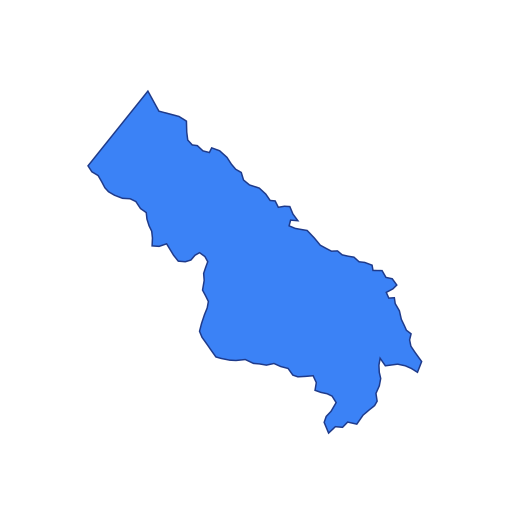 the district of Dona Inês, Paraíba, Brazil, rotated 66°
{"feature_id": "56859067B91614548021503", "entity_name": "Dona Inês", "entity_type": "district", "adm_level": 2, "iso_a3": "BRA", "parent_name": "Brazil", "parent_adm1": "Paraíba", "projection": "orthographic", "projection_center": [-35.636, -6.608], "detail": "fine", "context": "isolated", "style": "filled", "palette": "blue", "viewbox_px": 512, "rotation_deg": 66, "n_neighbors": 0, "source": "geoboundaries", "source_scale": "gbopen_adm2", "svg_char_len": 1931}
<svg xmlns="http://www.w3.org/2000/svg" viewBox="0 0 512 512"><g transform="rotate(66 256 256)"><path d="M114.7,268.9L104.5,264.7L97.2,269.6L84.2,285.8L61.4,287.7L105.3,372.8L112.3,371.7L118.3,367.5L124.9,366.8L132.2,366.3L137.3,364.6L143.0,360.5L149.0,354.5L152.5,347.7L157.4,343.6L165.7,342.2L171.7,338.6L177.9,340.6L184.8,341.4L191.0,341.2L197.5,343.3L204.5,346.8L207.8,340.6L208.5,332.7L221.8,331.0L229.1,329.1L232.5,322.9L233.2,317.1L230.5,311.4L230.0,306.2L235.7,302.9L241.6,302.4L246.0,306.7L250.6,310.9L257.3,313.3L265.4,318.7L272.5,318.2L278.2,318.0L283.6,321.7L288.6,326.9L295.5,333.2L301.8,338.2L308.3,338.4L317.5,336.5L322.4,335.6L331.9,333.7L335.5,329.4L340.5,322.3L343.3,316.8L346.2,307.9L353.1,302.0L356.0,296.7L359.9,290.9L361.5,283.3L367.0,278.4L371.8,272.4L379.8,270.8L383.4,266.9L386.2,259.5L388.6,252.5L396.2,252.4L402.7,256.7L407.0,252.2L410.8,247.0L414.9,243.5L422.5,242.4L428.4,250.6L431.1,257.1L435.7,261.4L447.3,261.7L444.2,252.9L447.7,246.6L445.0,239.8L450.6,232.3L444.9,222.9L442.5,214.7L440.9,208.5L437.9,204.4L430.3,202.3L424.8,196.2L418.6,191.9L412.4,190.7L405.7,188.1L399.9,184.2L408.9,182.5L412.4,170.6L417.0,164.3L421.7,160.0L427.9,155.8L419.8,147.6L408.9,149.9L401.4,151.2L395.1,149.8L390.2,146.0L385.0,148.8L379.9,148.8L372.9,149.0L364.4,147.3L356.1,148.2L350.4,146.6L348.5,151.8L342.2,151.8L341.7,144.3L339.8,139.2L332.2,140.8L328.4,146.0L320.6,146.8L316.8,155.0L311.6,153.7L306.1,159.3L303.2,164.2L296.9,167.0L293.6,172.0L290.0,176.8L284.5,179.5L282.3,185.1L277.9,188.6L272.3,192.9L263.3,195.4L253.5,198.9L249.7,204.6L246.7,209.0L241.9,213.5L237.3,209.8L240.8,203.4L232.7,205.2L224.6,205.0L222.1,209.8L220.6,215.8L213.5,216.1L211.0,220.5L203.4,221.9L195.3,225.4L188.4,233.1L181.5,236.5L173.7,235.5L168.5,239.3L161.9,241.2L154.1,242.4L145.1,246.4L139.2,252.5L142.5,256.5L138.4,261.7L131.3,264.7L128.6,269.1L122.3,271.2L114.7,268.9Z" fill="#3b82f6" stroke="#1e3a8a" stroke-width="1.5"/></g></svg>